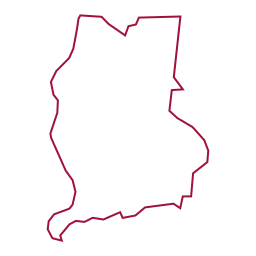 outline of Perry, Tennessee, United States of America
{"feature_id": "52423323B62285157730678", "entity_name": "Perry", "entity_type": "district", "adm_level": 2, "iso_a3": "USA", "parent_name": "United States of America", "parent_adm1": "Tennessee", "projection": "equal_earth", "projection_center": [-87.883, 35.632], "detail": "fine", "context": "isolated", "style": "outline", "palette": "rose", "viewbox_px": 256, "rotation_deg": 0, "n_neighbors": 0, "source": "geoboundaries", "source_scale": "gbopen_adm2", "svg_char_len": 729}
<svg xmlns="http://www.w3.org/2000/svg" viewBox="0 0 256 256"><path d="M180.4,16.5L138.9,17.6L135.9,24.5L128.5,26.2L125.1,35.4L108.6,24.0L101.6,16.8L80.3,15.4L78.5,18.7L77.0,28.9L73.3,48.8L69.2,58.0L56.3,71.0L50.9,82.0L53.5,94.7L57.9,100.4L57.3,112.8L50.4,133.5L51.1,137.8L65.7,170.6L72.6,180.2L75.5,191.7L72.6,204.6L69.5,208.6L54.1,214.3L48.7,221.2L47.7,229.2L52.4,238.2L61.8,240.6L60.2,235.5L69.5,224.3L75.9,220.9L84.5,221.9L92.7,217.8L103.4,219.5L120.1,212.2L122.7,217.9L135.4,215.5L145.1,207.4L173.5,203.7L180.2,208.2L182.8,196.4L191.1,196.4L193.1,173.3L207.3,162.1L208.3,150.7L204.3,140.2L192.6,127.1L177.4,118.1L169.4,110.8L171.8,90.1L182.9,89.4L173.8,77.2L180.4,16.5Z" fill="none" stroke="#9f1239" stroke-width="2"/></svg>